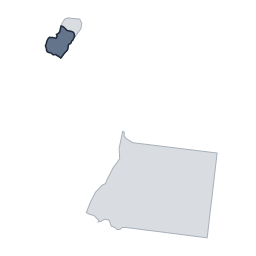 where Bioko Sur sits in Equatorial Guinea, rotated 7°
{"feature_id": "GNQ-1479", "entity_name": "Bioko Sur", "entity_type": "Province", "adm_level": 1, "iso_a3": "GNQ", "parent_name": "Equatorial Guinea", "parent_adm1": "", "projection": "natural_earth1", "projection_center": [8.643, 3.416], "detail": "fine", "context": "in_parent", "style": "filled", "palette": "slate", "viewbox_px": 256, "rotation_deg": 7, "n_neighbors": 0, "source": "natural_earth", "source_scale": "10m", "svg_char_len": 1664}
<svg xmlns="http://www.w3.org/2000/svg" viewBox="0 0 256 256"><g transform="rotate(7 128 128)"><path d="M219.5,142.0L219.6,158.9L219.7,173.2L219.8,188.7L219.8,204.8L219.9,218.5L220.0,227.3L207.0,227.3L189.9,227.2L172.7,227.1L155.6,227.1L146.9,227.0L137.5,227.0L134.4,227.4L132.3,229.7L129.8,230.2L126.8,228.3L123.3,227.4L122.3,225.4L120.5,221.8L117.0,221.4L115.2,221.8L112.7,223.9L109.8,224.9L110.4,223.3L104.7,218.9L100.6,218.5L96.9,217.1L99.9,205.6L103.7,195.5L109.4,187.8L112.4,186.0L113.4,182.2L117.9,169.7L123.5,159.5L121.7,149.3L123.1,132.0L124.7,132.5L124.9,134.1L125.3,136.5L127.4,138.7L134.4,142.0L155.0,142.0L167.3,142.0L185.6,142.0L204.9,142.0L219.5,142.0ZM55.8,25.8L57.4,26.1L66.8,25.8L69.4,29.7L69.1,35.4L59.4,52.0L57.6,58.9L53.8,64.9L50.6,65.3L39.4,61.9L37.5,59.8L36.8,56.9L37.9,50.3L38.7,48.3L44.1,47.0L45.8,46.0L48.7,38.8L49.6,32.3L52.1,27.4L55.8,25.8Z" fill="#d9dde1" stroke="#a8b0b8" stroke-width="1"/><path d="M63.9,43.6L63.7,43.8L62.5,47.7L61.4,48.7L61.1,50.5L60.9,50.8L60.8,51.1L58.9,52.3L58.7,53.5L58.7,56.9L58.3,58.1L55.5,61.9L53.3,66.0L52.7,66.8L52.1,66.3L50.7,65.6L50.3,65.1L49.9,65.3L49.0,64.9L47.3,63.8L46.8,64.0L45.4,64.4L44.7,64.4L44.0,64.0L42.7,63.0L41.9,62.8L40.5,62.8L39.0,62.4L37.8,61.3L37.3,59.1L37.0,58.3L36.4,57.4L36.0,56.4L36.2,55.6L36.5,54.9L36.9,51.8L37.3,50.4L38.1,48.6L39.3,47.4L40.8,47.8L41.6,47.3L42.7,47.4L44.9,47.8L46.0,47.4L46.3,46.2L46.2,44.8L45.6,43.8L46.4,43.3L47.4,42.5L48.2,41.5L48.6,40.6L49.0,35.0L49.9,34.9L51.6,35.5L52.4,36.1L55.2,38.3L56.1,38.7L56.8,38.9L57.3,38.9L57.8,38.8L59.4,38.9L61.1,39.3L62.0,39.7L62.5,40.1L62.7,40.4L62.9,40.7L63.9,43.6Z" fill="#64748b" stroke="#1e293b" stroke-width="1.5"/></g></svg>